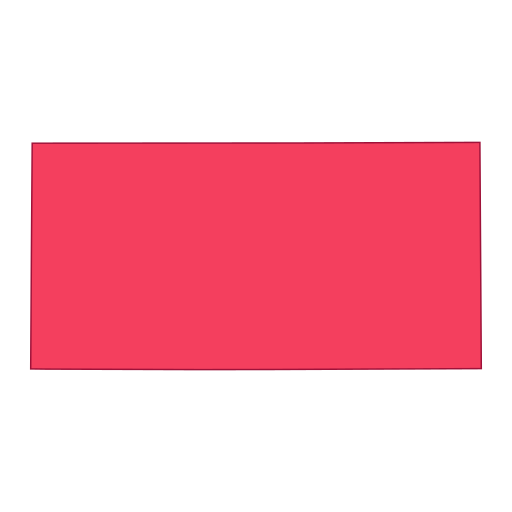 outline of LaMoure, North Dakota, United States of America
{"feature_id": "52423323B85348929712808", "entity_name": "LaMoure", "entity_type": "district", "adm_level": 2, "iso_a3": "USA", "parent_name": "United States of America", "parent_adm1": "North Dakota", "projection": "albers", "projection_center": [-98.623, 46.457], "detail": "fine", "context": "isolated", "style": "filled", "palette": "rose", "viewbox_px": 512, "rotation_deg": 0, "n_neighbors": 0, "source": "geoboundaries", "source_scale": "gbopen_adm2", "svg_char_len": 248}
<svg xmlns="http://www.w3.org/2000/svg" viewBox="0 0 512 512"><path d="M299.0,143.0L32.2,143.2L31.4,255.6L30.7,368.9L46.1,369.1L199.6,369.6L270.9,369.5L481.3,368.6L479.9,142.4L299.0,143.0Z" fill="#f43f5e" stroke="#9f1239" stroke-width="1.5"/></svg>